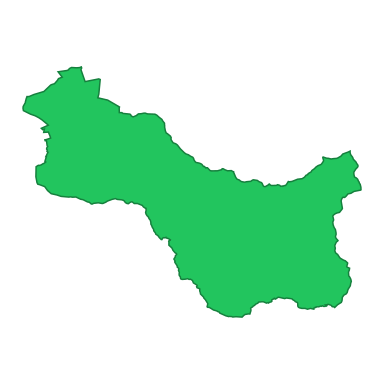 Ghelinta, Covasna, Romania
{"feature_id": "2599482B945421352302", "entity_name": "Ghelinta", "entity_type": "district", "adm_level": 2, "iso_a3": "ROU", "parent_name": "Romania", "parent_adm1": "Covasna", "projection": "equal_earth", "projection_center": [26.296, 45.92], "detail": "fine", "context": "isolated", "style": "filled", "palette": "green", "viewbox_px": 384, "rotation_deg": 0, "n_neighbors": 0, "source": "geoboundaries", "source_scale": "gbopen_adm2", "svg_char_len": 6017}
<svg xmlns="http://www.w3.org/2000/svg" viewBox="0 0 384 384"><path d="M334.7,307.5L337.6,304.7L341.3,302.4L341.8,301.3L342.1,300.1L342.3,297.4L343.9,295.1L346.3,293.8L347.2,292.4L348.0,289.5L350.3,285.8L350.7,283.3L351.3,281.4L350.8,279.2L349.7,277.0L348.9,276.1L348.7,275.4L348.5,272.1L349.3,270.1L349.6,268.2L347.2,267.2L346.8,266.7L347.0,265.5L347.6,263.6L347.6,262.9L345.3,260.8L343.5,260.1L340.4,258.3L339.5,257.3L337.6,254.4L335.8,253.1L334.8,250.9L335.3,248.2L334.8,246.0L335.0,245.0L336.3,242.1L337.8,240.9L338.0,240.5L336.3,238.6L335.6,237.4L335.5,236.3L336.1,234.3L336.0,232.6L335.4,229.5L334.1,227.5L333.1,224.7L332.8,221.9L333.5,220.5L333.6,219.6L332.8,216.1L333.4,215.1L335.3,213.7L336.9,213.0L339.5,212.4L342.1,209.1L342.4,208.4L342.3,207.8L341.1,200.8L341.9,198.5L342.7,197.5L343.2,197.2L344.2,197.5L345.0,197.2L346.0,196.3L348.0,193.9L350.9,193.3L354.1,191.4L360.7,190.1L361.0,189.8L360.9,187.2L360.2,184.3L359.3,183.0L359.2,182.2L358.3,180.9L357.7,179.3L356.4,178.0L354.5,177.0L353.9,174.4L353.8,172.7L354.0,171.9L355.7,169.2L357.5,167.3L357.9,166.6L358.0,165.7L357.7,164.8L356.7,163.5L355.9,161.9L353.3,159.2L352.7,157.4L350.6,154.5L350.1,152.6L350.1,151.1L348.3,152.0L342.8,154.0L340.9,156.2L337.5,158.1L336.5,158.4L333.6,158.6L331.1,159.0L328.4,158.3L326.6,158.2L323.1,157.0L322.8,157.4L322.9,158.1L323.5,160.1L323.5,161.1L321.6,163.9L320.8,164.6L318.1,165.6L316.0,167.0L314.4,168.7L311.9,170.5L311.1,171.9L308.2,173.6L307.7,174.6L306.0,175.3L304.5,177.2L302.1,178.7L297.6,179.2L292.1,181.4L289.5,181.8L288.3,181.5L286.7,184.1L285.5,185.5L284.2,185.6L282.8,186.3L282.5,186.0L280.6,186.3L279.7,185.3L277.6,184.7L276.3,185.4L271.6,185.5L270.4,185.2L269.8,184.4L269.2,184.0L268.3,184.9L265.9,186.3L265.1,186.6L264.0,186.5L263.2,185.8L262.2,183.5L261.5,182.6L259.3,181.8L257.3,180.4L253.4,179.8L252.5,180.1L250.8,181.3L246.6,181.7L244.6,182.2L241.5,181.6L240.4,181.0L239.3,180.0L237.1,179.2L235.7,177.3L233.7,172.5L233.6,171.7L233.1,171.7L231.4,170.6L227.6,170.8L225.0,169.8L223.3,168.8L222.2,168.7L221.5,169.7L217.5,170.8L211.6,170.9L210.1,170.6L207.5,167.8L206.6,167.7L205.9,168.0L204.3,166.4L203.5,166.5L201.9,164.4L200.8,163.7L199.2,163.1L195.9,162.4L195.0,161.5L193.8,159.5L193.6,158.4L192.7,157.2L190.7,156.3L188.3,154.7L186.1,154.0L184.4,152.8L180.4,148.9L177.4,145.0L175.8,143.8L173.1,142.8L171.1,139.7L171.0,138.4L171.2,137.8L170.5,136.2L167.2,133.5L166.4,133.2L166.1,132.7L165.3,130.6L164.8,127.9L164.6,127.2L164.7,126.0L164.5,124.4L164.5,123.2L162.7,120.9L161.9,119.4L158.8,117.0L156.9,115.2L155.0,114.2L147.5,113.9L145.1,113.1L143.6,113.2L141.2,113.7L138.4,113.9L137.1,114.8L136.8,115.4L133.1,116.9L131.6,116.1L131.1,115.7L130.6,114.6L129.8,114.1L122.8,113.4L121.9,112.6L119.3,112.6L119.2,108.1L119.5,107.0L107.7,100.1L97.8,97.8L98.8,94.2L100.2,79.5L98.8,78.9L85.1,81.6L81.0,69.8L81.1,69.2L81.7,68.0L81.3,66.9L79.5,67.6L76.5,67.8L71.5,67.5L69.3,68.6L68.6,69.8L66.9,70.5L58.1,71.8L62.2,77.2L58.5,78.6L57.4,80.4L54.5,83.7L51.3,84.7L50.5,85.2L43.9,91.5L33.9,94.5L29.2,96.5L27.0,96.6L27.1,97.0L26.4,98.0L25.4,101.8L25.4,102.5L23.2,106.4L23.0,108.2L23.4,110.6L30.6,114.2L35.2,115.8L38.8,117.7L42.2,120.0L47.9,124.8L48.3,125.2L41.3,128.3L42.7,129.7L44.4,129.1L43.7,132.4L48.4,132.1L50.1,136.3L50.6,138.1L46.2,139.6L44.9,139.8L45.1,140.7L46.5,140.9L47.1,145.5L47.7,146.4L46.7,148.1L46.6,149.1L47.3,149.9L47.0,151.5L48.0,152.2L45.9,156.5L46.4,156.5L44.9,161.4L45.7,162.0L43.8,163.5L43.2,163.6L40.9,165.0L39.4,165.4L38.3,165.3L36.1,166.7L35.9,176.8L37.0,182.7L37.8,184.2L39.7,184.7L44.7,186.6L47.6,190.6L51.2,193.7L57.0,195.0L61.1,196.4L69.1,197.1L70.0,196.8L72.6,197.2L75.9,197.0L80.5,199.2L83.1,199.7L87.4,201.9L89.4,202.3L91.0,203.8L92.0,204.1L93.8,203.3L98.4,202.8L102.1,203.5L103.0,203.4L105.8,202.2L107.4,201.1L112.0,199.4L115.4,198.6L117.2,199.4L121.6,199.8L123.3,200.3L124.3,201.0L125.4,202.6L127.0,203.5L128.4,203.7L130.2,202.3L131.4,201.9L132.4,202.0L134.2,203.5L137.5,203.5L142.3,205.4L143.4,206.9L145.3,208.2L146.0,208.3L146.1,210.5L145.6,212.5L146.1,214.2L147.2,215.9L148.1,216.6L149.2,218.9L150.2,220.0L150.8,222.1L150.9,224.2L151.6,225.4L152.4,227.5L153.5,229.1L153.8,230.9L155.4,232.9L155.8,234.2L157.9,235.6L159.3,237.6L161.3,239.6L161.9,239.6L162.6,238.3L163.4,237.7L165.1,237.8L166.0,237.3L166.4,238.0L168.4,238.6L170.4,239.8L170.3,240.2L169.2,240.5L168.7,241.2L168.9,241.7L168.9,245.2L171.6,247.7L172.1,248.3L172.9,250.2L175.2,252.9L176.4,253.5L176.7,254.3L175.4,255.7L175.1,257.4L174.1,258.5L174.0,259.4L174.9,260.6L175.1,261.5L174.8,261.7L174.9,262.4L177.3,266.0L177.2,266.8L177.3,267.2L178.2,267.8L178.8,268.7L178.5,270.4L179.3,272.4L179.1,274.1L179.3,275.6L180.3,276.7L180.6,278.6L180.9,279.0L182.1,279.4L185.2,279.2L187.7,278.7L189.1,279.4L190.5,279.2L192.5,280.5L193.4,282.9L196.7,284.9L197.2,285.6L197.2,285.9L196.6,286.5L197.0,287.7L199.7,288.8L199.8,289.7L199.7,290.8L200.3,292.6L200.5,294.0L203.5,297.0L203.9,298.1L205.4,299.7L207.8,303.6L207.1,306.8L207.7,307.3L209.3,307.4L213.5,310.0L216.7,310.9L217.8,311.6L219.3,312.1L219.8,313.1L225.8,315.8L228.7,316.6L229.2,316.4L231.8,316.6L232.7,317.0L236.0,316.7L242.1,317.1L243.9,315.3L245.0,314.5L248.3,313.9L249.9,314.0L250.9,310.7L250.9,309.5L250.6,308.7L251.0,307.8L252.6,306.9L253.3,306.0L254.4,305.5L255.8,304.1L257.8,303.2L258.7,302.1L261.6,301.8L263.4,301.8L266.5,303.1L268.2,302.6L268.5,303.0L269.6,302.3L271.4,301.8L271.9,301.2L271.7,300.1L271.9,299.7L273.5,299.0L274.0,298.4L274.6,298.3L274.8,298.9L275.4,299.1L277.0,298.1L277.6,297.5L278.6,297.2L284.7,298.6L286.5,298.0L291.9,298.8L293.0,299.9L294.6,300.7L295.2,301.6L297.4,302.5L297.7,303.5L297.8,306.1L298.4,307.2L299.4,307.8L301.8,308.4L305.1,308.4L307.5,309.2L310.4,308.4L313.6,309.1L313.8,309.1L313.7,308.4L313.9,308.1L314.9,307.8L315.3,307.2L316.0,307.3L316.6,306.8L318.8,306.8L320.6,306.1L321.4,306.3L322.4,305.8L323.5,306.4L325.0,306.4L325.8,305.9L326.4,306.1L326.8,305.8L326.9,305.6L325.7,304.9L327.2,304.7L328.0,304.3L330.7,305.1L331.6,305.7L332.0,306.5L332.3,306.7L333.9,306.8L334.7,307.5Z" fill="#22c55e" stroke="#15803d" stroke-width="1.5"/></svg>